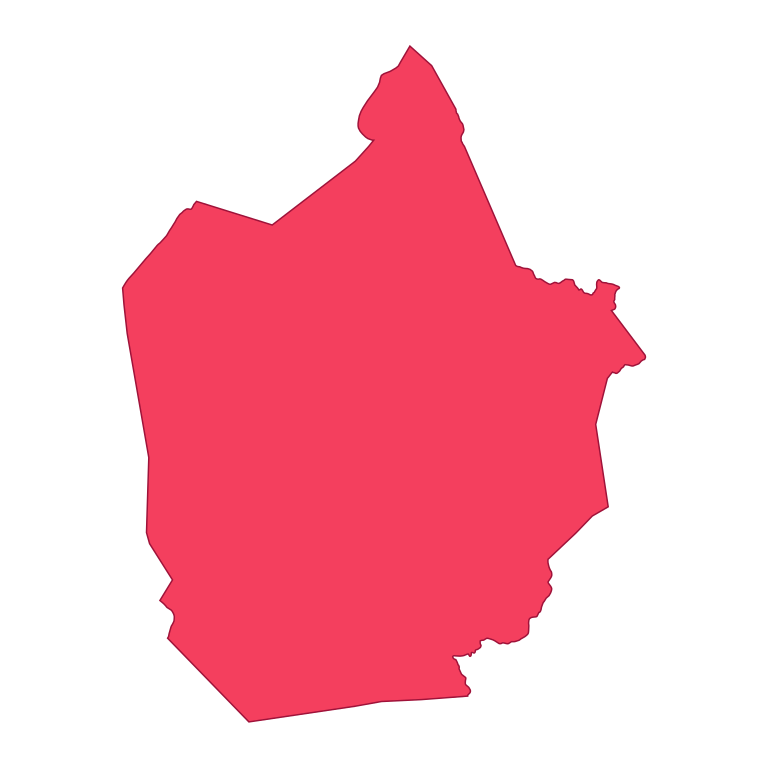 Lepaterique, Francisco Morazán, Honduras
{"feature_id": "27666195B26269396586320", "entity_name": "Lepaterique", "entity_type": "district", "adm_level": 2, "iso_a3": "HND", "parent_name": "Honduras", "parent_adm1": "Francisco Morazán", "projection": "natural_earth1", "projection_center": [-87.431, 14.064], "detail": "fine", "context": "isolated", "style": "filled", "palette": "rose", "viewbox_px": 768, "rotation_deg": 0, "n_neighbors": 0, "source": "geoboundaries", "source_scale": "gbopen_adm2", "svg_char_len": 6108}
<svg xmlns="http://www.w3.org/2000/svg" viewBox="0 0 768 768"><path d="M127.2,333.5L148.8,457.6L146.5,532.6L149.6,543.7L172.5,579.9L159.9,600.5L161.6,601.9L163.7,603.7L165.6,605.7L166.7,607.1L167.1,607.5L170.6,609.7L171.4,610.3L172.2,611.3L173.0,612.7L173.8,614.4L174.2,615.9L174.3,616.9L174.2,619.0L174.1,620.2L173.9,621.3L173.1,623.0L172.4,624.4L171.5,625.8L171.0,627.0L169.1,633.7L168.6,636.4L168.3,637.0L167.6,638.2L248.9,721.9L355.3,706.2L381.5,701.5L421.4,699.6L467.7,696.1L467.7,695.4L467.8,695.1L468.7,694.1L469.7,693.1L470.1,692.5L470.4,691.6L470.4,690.7L470.3,690.1L470.1,689.7L468.8,687.4L467.9,686.6L466.2,685.2L465.7,684.6L465.4,684.0L465.3,683.3L465.3,682.4L465.4,680.7L465.8,678.8L465.8,678.2L465.7,677.7L465.5,677.4L465.2,677.2L462.3,674.9L461.7,674.4L461.3,673.8L459.1,668.9L459.1,668.5L459.2,667.7L459.2,667.2L459.1,666.4L458.8,665.7L458.6,665.2L458.0,664.8L457.7,663.6L457.2,662.3L456.0,659.9L455.7,659.5L455.0,659.5L454.7,659.3L453.9,658.8L453.4,658.3L453.0,657.7L452.8,657.3L452.7,656.8L452.9,656.3L453.4,655.9L454.1,655.7L455.9,655.9L460.0,656.1L462.7,655.8L464.0,655.5L467.1,654.2L467.9,654.0L468.2,654.0L468.5,654.3L469.7,656.2L470.1,656.3L470.4,656.2L470.8,655.9L471.1,655.2L471.2,654.6L471.3,653.2L471.4,652.6L471.5,652.5L471.7,652.4L472.5,652.5L473.2,652.7L473.9,653.0L474.2,653.0L474.6,652.8L474.8,652.6L475.2,651.8L475.3,651.2L475.3,650.5L475.5,650.2L476.3,649.7L477.6,649.4L479.8,647.9L480.4,647.4L480.8,646.5L481.0,645.6L481.0,645.2L480.6,644.6L480.4,644.1L480.2,643.2L480.1,641.8L480.2,641.1L480.3,640.8L480.8,640.6L481.9,640.3L482.7,640.2L483.7,640.1L486.1,638.6L486.8,638.3L487.8,638.3L489.0,638.6L491.0,639.2L493.1,639.9L494.8,640.8L499.0,643.5L499.4,643.6L500.0,643.7L500.9,643.6L501.5,643.4L502.4,642.9L503.4,642.9L504.1,643.0L506.4,643.6L507.2,643.7L507.9,643.7L508.4,643.6L508.8,643.4L511.6,641.6L511.9,641.6L512.8,641.7L514.8,641.6L517.1,640.9L519.2,640.2L519.6,639.9L520.9,638.9L524.6,636.8L525.6,636.1L526.9,635.0L527.6,634.3L527.9,633.9L528.2,633.3L528.4,632.7L528.6,630.9L528.8,626.4L528.8,625.2L528.6,623.7L528.6,622.7L528.8,620.7L529.0,619.7L529.3,619.1L529.6,618.6L530.1,618.2L530.6,617.9L531.3,617.5L532.5,617.2L536.1,616.8L536.6,616.6L537.0,616.3L538.8,612.6L539.0,612.4L539.5,612.3L539.8,612.1L540.2,611.6L540.6,610.9L541.1,609.4L541.4,607.6L541.6,606.8L542.5,604.3L543.2,602.6L544.3,601.2L546.2,598.1L549.0,595.7L550.6,592.9L551.4,590.7L551.6,589.7L551.7,588.9L551.6,588.3L551.4,587.6L550.7,586.3L548.5,583.3L548.2,582.8L548.1,582.3L548.1,582.0L548.3,581.5L550.7,577.9L551.2,577.0L551.5,576.3L551.7,575.7L551.8,574.7L551.7,573.4L551.5,572.2L551.2,571.5L550.5,570.5L549.8,569.1L549.1,567.3L548.6,565.5L548.0,562.8L547.9,560.9L548.0,559.3L576.0,532.9L592.3,516.0L608.2,506.8L595.7,424.4L607.4,378.3L608.2,377.4L610.0,375.1L611.7,372.9L612.4,372.1L612.6,372.1L612.9,372.4L613.1,372.5L614.5,372.7L615.2,373.1L615.7,373.3L616.7,373.3L617.2,373.1L617.5,372.9L619.5,371.2L620.0,370.5L620.7,369.3L621.2,368.6L621.6,368.2L622.6,367.5L623.5,366.8L624.1,365.7L624.8,364.8L625.0,364.7L625.5,364.7L628.2,365.0L631.5,365.9L632.2,366.0L633.0,366.0L633.8,365.7L635.8,364.9L637.8,364.2L639.0,363.6L641.3,361.0L643.0,359.9L643.9,359.6L644.6,359.4L645.4,357.6L645.4,356.4L645.0,355.1L611.4,310.5L614.6,309.2L615.1,308.5L615.5,307.6L615.6,307.2L615.7,306.5L615.6,305.7L615.5,305.0L615.2,304.3L614.5,303.3L614.1,302.6L613.9,302.0L613.8,301.5L613.9,301.0L614.4,300.2L614.7,299.6L614.7,297.8L614.9,295.9L614.9,295.5L614.7,294.9L614.8,294.6L615.7,291.8L616.4,290.5L617.8,289.2L618.2,288.9L618.9,288.6L619.3,288.2L619.4,287.9L619.4,287.4L619.1,287.1L618.6,286.6L617.4,286.1L615.2,285.3L613.6,284.5L612.3,284.1L611.2,283.9L609.5,283.7L608.1,283.5L607.4,283.3L606.5,282.9L605.9,282.8L604.1,282.7L602.2,282.4L601.7,282.0L599.7,280.1L599.1,279.8L598.6,279.8L598.2,280.1L597.7,280.7L597.0,281.7L596.8,282.4L596.7,283.3L596.6,284.4L596.7,285.7L596.8,287.5L596.7,288.2L596.5,288.8L595.4,290.3L594.3,292.3L593.9,292.6L593.4,292.9L593.0,293.3L592.9,293.6L592.8,294.1L592.6,294.4L592.2,294.7L591.8,294.9L591.2,294.9L590.5,294.9L590.0,294.7L588.9,294.1L588.0,293.7L586.8,293.4L585.4,293.3L584.8,293.2L584.3,292.9L583.9,292.6L583.5,292.2L582.2,289.9L581.7,289.4L581.4,289.1L581.0,289.1L580.6,289.1L580.3,289.3L579.7,289.8L579.2,289.9L578.8,289.9L578.6,289.7L578.3,289.0L577.5,287.9L574.8,285.0L573.7,281.2L573.1,280.3L572.5,279.8L571.9,279.7L568.1,279.4L566.4,279.2L565.5,279.2L564.9,279.5L563.9,280.4L562.5,281.1L560.5,282.6L559.1,283.4L558.6,283.4L557.9,283.3L557.2,283.1L556.2,282.6L555.3,282.5L554.7,282.4L554.3,282.5L553.5,282.9L550.7,284.2L550.1,284.3L549.5,284.2L549.0,284.0L547.9,283.5L544.8,281.7L542.5,280.1L540.8,279.1L540.2,279.0L539.5,278.9L538.3,279.2L537.6,279.1L536.7,278.9L535.9,278.4L535.5,278.1L535.2,277.5L534.6,276.0L533.6,274.1L533.0,272.3L532.5,271.3L532.2,271.0L530.1,269.4L527.6,268.6L524.7,268.4L523.0,268.1L521.3,267.5L519.8,266.8L518.1,266.6L517.3,266.4L516.5,266.0L515.7,265.5L464.5,146.6L462.7,143.9L462.2,142.6L461.8,141.9L461.3,141.2L461.1,139.1L461.0,137.6L461.3,136.0L462.0,134.4L462.7,133.3L463.4,132.0L463.7,130.8L463.9,129.6L463.3,126.7L463.0,125.2L462.5,123.9L461.5,122.6L460.7,121.7L460.0,120.6L459.0,118.3L458.7,116.8L457.6,114.1L456.6,113.3L456.3,112.0L456.0,110.7L455.9,109.2L431.7,65.7L409.9,46.1L400.4,62.3L398.3,66.1L395.8,68.1L390.1,71.4L384.0,73.7L381.4,75.4L380.4,78.1L379.6,82.3L377.6,87.1L374.5,91.5L367.5,100.8L363.2,107.5L361.1,111.3L359.4,115.7L358.6,119.8L358.1,123.3L358.1,126.0L358.5,128.1L360.2,131.3L362.5,134.0L365.6,137.0L367.9,138.6L370.7,139.6L372.2,140.1L373.7,140.2L368.6,146.5L355.4,161.1L272.2,225.0L196.5,201.4L193.8,204.6L193.2,206.0L192.4,207.5L191.8,208.5L191.4,209.0L190.8,209.2L190.1,209.3L189.5,209.2L188.0,208.9L186.8,209.0L186.4,209.1L185.3,209.8L183.6,211.0L183.0,211.6L182.2,212.5L179.8,214.4L176.9,218.5L174.9,222.3L173.9,223.8L171.5,227.7L169.6,230.5L167.3,234.5L166.5,235.8L163.0,239.7L160.2,242.7L159.5,243.4L158.5,244.1L157.1,245.5L150.2,253.9L145.7,258.9L134.0,272.8L129.0,278.3L127.4,280.3L125.8,282.6L124.4,284.9L122.6,288.0L124.0,304.8L127.2,333.5Z" fill="#f43f5e" stroke="#9f1239" stroke-width="1.5"/></svg>